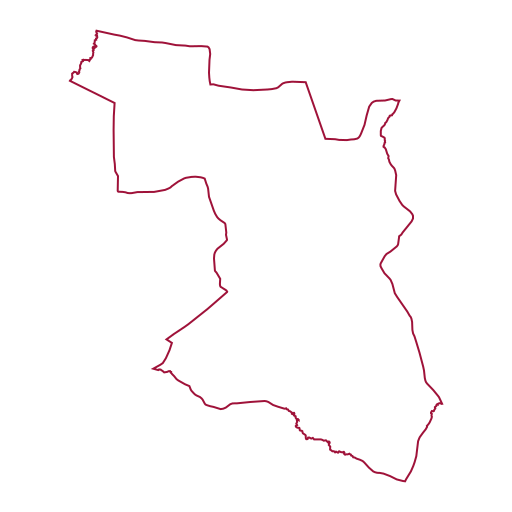 outline of Mueang Roi Et, Roi Et, Thailand
{"feature_id": "78962969B98295189925556", "entity_name": "Mueang Roi Et", "entity_type": "district", "adm_level": 2, "iso_a3": "THA", "parent_name": "Thailand", "parent_adm1": "Roi Et", "projection": "orthographic", "projection_center": [103.568, 16.014], "detail": "fine", "context": "isolated", "style": "outline", "palette": "rose", "viewbox_px": 512, "rotation_deg": 0, "n_neighbors": 0, "source": "geoboundaries", "source_scale": "gbopen_adm2", "svg_char_len": 5928}
<svg xmlns="http://www.w3.org/2000/svg" viewBox="0 0 512 512"><path d="M442.1,403.8L439.0,397.2L438.2,396.1L433.3,390.1L427.0,383.5L426.0,382.1L425.4,380.6L424.8,378.0L424.0,370.5L423.2,366.7L419.5,352.7L416.3,342.1L414.5,336.4L413.1,333.5L412.4,330.0L412.1,321.9L411.4,318.6L410.6,316.8L409.7,315.8L407.3,311.6L397.1,296.9L394.8,293.2L392.4,284.0L390.6,279.9L389.5,278.5L384.5,273.3L381.6,268.4L380.5,266.2L380.4,264.4L380.7,263.4L384.7,256.2L386.5,254.0L390.4,251.6L396.8,246.4L397.7,245.2L398.1,244.2L399.1,237.0L399.1,236.3L401.3,234.6L402.7,232.4L411.6,221.4L413.0,218.5L413.0,215.8L412.3,214.2L410.1,211.4L403.7,206.4L402.2,204.9L399.5,200.9L396.1,194.4L395.1,190.9L396.2,175.2L395.2,170.7L394.5,168.8L393.9,167.9L391.9,165.8L390.8,164.4L389.4,161.8L388.9,159.5L388.2,158.2L388.6,156.1L387.2,153.7L385.8,149.2L384.5,147.3L384.1,147.3L383.5,146.8L383.6,145.8L384.3,144.4L384.6,142.8L385.1,142.5L384.9,141.7L385.1,140.9L384.7,140.1L384.8,138.8L384.5,137.7L382.2,136.4L381.1,136.0L380.8,135.3L380.8,131.0L381.5,128.0L382.4,127.0L384.4,125.2L385.1,123.8L385.2,123.0L386.3,122.1L387.5,119.9L388.1,118.2L389.6,116.6L389.7,115.8L390.2,115.5L392.0,115.3L392.4,114.2L393.1,113.7L394.4,112.1L396.4,108.4L398.2,103.6L398.2,103.0L399.4,100.6L395.6,100.5L392.4,99.0L391.0,99.1L385.1,100.5L376.2,100.8L373.7,101.6L371.8,102.9L369.2,106.6L366.7,115.3L364.5,124.9L361.1,133.5L360.1,135.6L359.2,137.0L358.3,137.9L357.2,138.6L354.1,139.3L350.9,139.5L346.9,140.1L339.1,139.9L335.1,139.2L325.4,138.8L305.7,82.2L292.2,81.7L287.3,82.2L285.4,82.5L283.1,83.3L282.2,83.8L278.2,87.3L276.4,88.2L271.7,89.1L267.4,89.5L253.4,90.2L242.0,89.5L230.9,87.5L218.5,85.7L213.4,84.3L210.4,84.5L209.7,81.0L209.3,77.5L209.0,72.7L209.5,59.9L210.2,54.0L209.6,49.2L208.6,47.4L207.5,46.6L201.2,46.1L190.0,46.3L185.4,45.6L175.9,45.1L165.4,43.0L162.1,42.5L154.6,42.2L144.8,40.9L138.5,40.5L135.2,40.1L126.9,37.4L119.8,35.6L114.2,34.6L96.5,30.7L96.3,31.2L96.8,31.5L96.4,32.3L97.1,33.8L95.9,35.0L96.3,35.2L96.3,35.8L97.1,35.9L97.3,37.4L96.9,38.1L96.0,38.5L96.2,39.7L95.8,39.8L95.4,40.3L94.8,40.3L94.6,42.7L93.9,43.7L95.1,44.5L95.4,45.3L96.4,46.0L96.5,46.4L96.3,46.7L95.6,46.5L95.1,47.3L94.5,47.6L93.9,47.4L94.1,46.7L93.9,46.5L93.2,46.8L92.7,47.5L92.8,48.0L93.8,48.5L93.0,49.0L93.7,50.0L92.8,50.9L93.4,52.3L93.1,53.6L93.1,55.1L92.1,57.3L91.6,57.9L90.4,58.1L90.6,59.1L89.7,59.6L89.6,60.0L89.7,60.4L89.3,61.0L88.5,60.2L88.2,60.1L85.7,59.9L84.3,60.0L83.4,59.7L82.5,60.0L82.9,61.2L81.2,62.1L81.2,63.3L80.1,65.3L80.1,67.4L80.4,68.4L79.5,69.5L79.5,70.4L79.0,71.4L79.3,72.3L78.7,73.5L78.3,73.8L77.3,74.0L77.0,73.5L76.9,72.6L75.3,72.0L74.1,71.8L73.4,72.8L72.7,73.1L72.1,73.7L72.2,75.1L72.1,75.9L72.5,77.0L71.8,78.7L70.8,80.0L70.1,80.4L69.9,80.8L114.6,103.0L113.8,116.1L113.6,129.7L113.9,156.9L114.8,164.0L115.2,170.9L115.4,171.6L118.0,176.1L117.7,190.8L117.9,191.3L118.3,191.7L122.7,191.9L125.5,192.3L127.6,193.0L129.8,193.2L131.8,193.1L137.3,192.1L154.2,191.9L165.1,189.9L168.5,188.5L170.4,187.5L171.9,186.1L178.2,181.6L184.2,178.4L186.0,177.8L191.6,176.9L195.5,176.7L200.7,177.3L203.0,177.9L204.7,178.6L206.3,183.6L207.6,186.7L208.1,188.6L209.0,196.8L213.8,210.6L215.2,213.8L217.1,217.0L218.4,218.5L220.4,220.2L224.6,223.0L225.2,223.8L225.4,224.5L226.3,232.6L226.0,234.8L227.0,239.6L226.9,240.2L223.7,243.8L217.5,248.7L216.0,250.6L214.9,252.6L214.3,254.6L214.0,258.5L214.9,270.5L215.2,271.2L216.5,272.6L220.2,278.8L219.9,284.1L220.1,285.8L220.6,286.8L226.3,290.4L227.2,291.7L227.1,292.0L207.5,309.0L188.5,324.1L184.6,326.9L173.9,334.0L166.5,339.4L171.9,342.9L169.5,350.2L165.9,358.2L162.8,363.1L160.3,364.8L153.3,368.7L158.3,370.1L158.9,369.8L159.1,369.4L160.7,369.6L161.4,370.3L162.4,370.8L164.2,372.4L167.2,371.9L168.6,371.2L170.0,371.1L170.2,371.7L170.9,371.9L170.7,372.3L170.8,372.7L171.5,373.2L172.1,374.1L174.1,376.1L176.5,379.1L178.2,380.4L185.1,384.3L189.4,386.1L190.8,389.7L191.5,390.8L193.6,393.1L194.9,394.4L196.4,395.4L199.9,397.0L201.5,398.3L202.6,399.6L204.8,403.7L205.6,404.6L207.3,405.3L210.2,406.2L213.5,406.9L220.6,409.1L223.2,408.7L225.8,407.6L230.3,404.2L232.6,403.4L237.2,403.3L250.2,402.0L264.6,401.0L266.5,401.3L268.4,402.0L273.1,405.0L277.9,406.7L284.5,408.7L285.1,408.7L286.1,408.3L286.8,409.3L288.0,409.5L288.8,410.9L290.1,411.3L292.0,412.7L291.8,413.7L292.1,414.0L293.2,413.9L293.8,412.9L294.1,412.9L294.4,413.8L294.2,414.5L293.7,415.0L293.9,415.4L294.5,415.8L295.6,416.2L295.7,416.5L295.6,417.7L296.5,419.0L298.0,419.1L298.7,419.9L298.7,420.2L298.1,419.8L296.9,420.6L297.1,422.0L296.3,423.7L297.1,425.1L295.8,425.9L295.8,426.4L296.0,426.8L297.3,427.7L299.3,427.9L299.5,428.4L299.8,430.2L300.1,430.5L301.8,430.8L302.3,431.1L302.6,432.6L302.9,433.3L305.3,434.9L305.7,435.4L305.8,437.9L306.0,438.8L306.4,439.2L307.4,439.1L307.7,438.9L308.1,437.6L309.2,437.5L311.1,438.5L311.6,438.5L312.8,437.9L314.1,439.4L320.9,439.4L322.4,439.9L323.8,440.7L325.9,440.3L327.9,442.3L328.4,441.5L329.0,441.5L329.4,441.8L329.7,442.8L328.9,444.3L328.8,445.0L330.2,446.5L330.1,449.6L330.8,450.0L332.4,451.3L333.8,451.2L334.4,451.6L335.1,452.4L335.4,452.3L335.6,451.8L336.0,451.6L338.0,452.7L338.3,452.6L338.9,451.4L339.2,451.3L340.9,452.1L342.9,452.4L343.4,451.9L343.9,451.9L344.4,452.6L344.1,453.8L345.1,454.7L346.0,454.3L347.9,454.3L349.4,453.7L349.9,454.2L350.9,454.6L351.1,455.5L352.5,456.0L353.2,457.3L354.7,457.5L356.5,458.6L359.8,459.7L362.6,461.0L364.2,462.4L368.9,467.6L373.2,471.4L374.9,472.2L377.2,472.8L379.7,472.9L383.5,473.6L390.1,476.1L396.7,479.4L402.9,481.0L405.1,481.3L406.0,479.4L410.9,471.4L413.3,465.9L414.6,462.2L416.3,456.2L418.1,441.2L419.1,438.6L419.8,437.1L423.0,432.7L425.7,429.3L427.1,426.8L426.9,425.9L428.3,424.4L429.6,422.5L431.4,418.6L431.9,416.8L431.5,415.8L431.8,413.8L431.0,413.2L431.0,412.5L431.9,411.0L433.3,411.3L433.9,411.0L434.3,409.8L435.3,408.4L434.9,407.5L434.9,407.1L436.3,406.0L436.4,405.1L436.8,404.5L437.8,404.7L437.8,403.9L439.3,403.2L441.0,403.5L441.6,403.9L442.1,403.8Z" fill="none" stroke="#9f1239" stroke-width="2"/></svg>